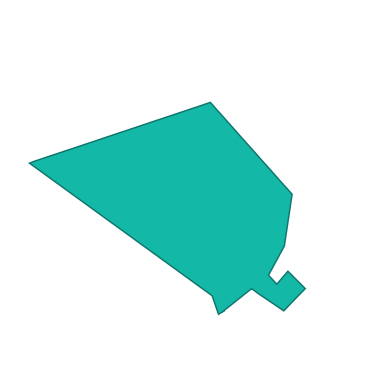 Al Khalaq, Al Jawf, Yemen, rotated 36°
{"feature_id": "15242507B45819395653811", "entity_name": "Al Khalaq", "entity_type": "district", "adm_level": 2, "iso_a3": "YEM", "parent_name": "Yemen", "parent_adm1": "Al Jawf", "projection": "orthographic", "projection_center": [44.809, 16.066], "detail": "fine", "context": "isolated", "style": "filled", "palette": "teal", "viewbox_px": 384, "rotation_deg": 36, "n_neighbors": 0, "source": "geoboundaries", "source_scale": "gbopen_adm2", "svg_char_len": 823}
<svg xmlns="http://www.w3.org/2000/svg" viewBox="0 0 384 384"><g transform="rotate(36 192 192)"><path d="M154.2,108.7L132.5,139.2L127.0,146.9L124.2,150.9L122.9,152.6L117.8,159.7L111.1,169.2L103.8,179.4L103.4,180.0L101.0,183.4L100.2,184.4L79.6,213.3L67.1,230.8L66.5,231.6L45.7,260.8L43.6,264.2L48.2,264.2L55.7,264.2L269.3,264.1L285.3,275.3L288.0,269.2L287.6,269.0L296.5,237.0L297.0,235.4L297.5,235.4L297.6,235.2L305.7,235.2L336.1,234.2L337.8,221.6L340.4,203.6L316.2,199.7L314.8,216.7L310.7,215.9L303.5,214.5L302.8,214.4L300.7,198.5L300.4,196.0L298.4,181.3L296.3,177.3L287.9,161.1L287.5,160.4L284.1,153.8L274.3,135.0L271.2,134.3L254.4,130.7L251.8,130.1L244.5,128.5L242.5,128.0L227.9,124.9L222.5,123.7L222.2,123.6L199.5,118.7L166.9,111.5L165.6,111.3L154.2,108.7Z" fill="#14b8a6" stroke="#0f766e" stroke-width="1.5"/></g></svg>